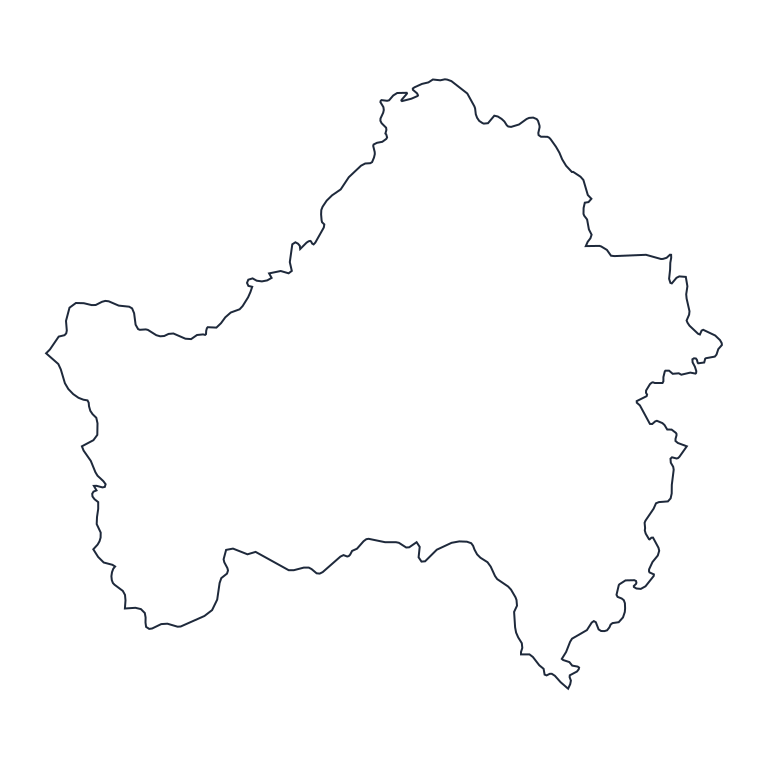 the border of Bryansk
{"feature_id": "RUS-2342", "entity_name": "Bryansk", "entity_type": "Region", "adm_level": 1, "iso_a3": "RUS", "parent_name": "Russia", "parent_adm1": "", "projection": "orthographic", "projection_center": [33.801, 52.93], "detail": "fine", "context": "isolated", "style": "outline", "palette": "slate", "viewbox_px": 768, "rotation_deg": 0, "n_neighbors": 0, "source": "natural_earth", "source_scale": "10m", "svg_char_len": 6058}
<svg xmlns="http://www.w3.org/2000/svg" viewBox="0 0 768 768"><path d="M288.6,273.3L291.8,270.9L289.8,262.1L292.3,244.3L295.4,242.3L298.0,243.7L299.8,245.8L300.2,249.0L306.6,242.6L308.6,241.3L310.2,240.9L311.0,241.4L312.2,243.6L313.6,244.4L315.3,242.6L323.8,227.5L324.3,224.4L322.1,222.3L321.6,220.4L321.1,214.4L321.3,210.0L322.6,206.7L326.7,200.6L332.1,195.3L340.7,189.4L348.8,177.2L361.0,165.7L365.2,163.5L370.3,163.2L372.1,162.1L374.0,157.5L374.8,154.1L374.7,152.0L373.2,145.9L373.6,144.5L377.0,142.8L382.3,141.8L386.3,138.9L387.1,137.4L386.2,134.3L385.4,133.6L386.4,129.9L386.1,127.7L381.6,123.2L380.4,120.8L380.5,118.5L383.2,112.7L383.8,110.0L383.4,107.1L380.4,102.1L380.7,100.8L381.5,100.1L387.1,100.8L389.1,100.3L393.2,95.5L397.2,93.0L406.7,92.8L407.0,93.4L406.5,94.2L401.6,99.8L401.4,100.6L402.0,101.1L411.4,98.7L417.6,96.0L418.0,95.3L417.1,93.4L412.9,89.8L412.8,88.5L414.5,87.3L422.0,83.9L428.4,82.4L432.9,79.5L440.3,80.3L444.9,79.3L447.2,79.6L451.4,81.1L467.3,93.5L474.4,106.4L475.1,108.4L475.8,114.3L477.1,117.8L479.2,120.9L482.5,123.1L483.8,123.6L488.0,123.2L494.3,115.7L497.8,116.5L501.6,118.9L504.4,121.5L506.8,125.3L508.2,126.5L511.1,126.9L519.0,124.5L526.6,119.0L529.1,117.9L533.2,117.6L536.7,119.1L538.0,120.8L539.5,125.6L539.6,127.2L538.3,133.0L538.6,135.1L540.9,136.7L547.4,136.8L549.2,137.7L550.6,139.2L556.0,146.8L559.4,152.7L562.2,159.4L566.1,165.8L571.9,172.0L573.2,171.9L580.5,176.7L583.4,180.0L587.8,195.0L591.4,198.8L588.5,202.1L584.8,202.7L583.6,208.0L583.5,213.9L584.2,215.7L587.1,219.5L588.9,229.4L591.6,234.7L590.4,238.3L587.7,241.8L585.8,246.1L599.4,245.9L601.1,246.4L606.9,249.9L611.0,255.7L614.4,256.1L646.0,254.8L661.0,259.0L663.0,258.9L666.6,257.8L670.0,254.7L671.1,254.8L671.2,257.8L670.3,262.8L670.1,269.5L669.1,278.8L670.4,282.9L671.8,283.4L676.5,277.8L679.3,276.4L685.8,276.9L687.4,286.3L686.2,294.3L686.6,298.5L689.5,311.3L689.1,314.7L686.6,320.5L687.5,322.7L689.5,325.7L698.1,333.8L699.9,334.5L701.6,330.6L703.2,329.8L715.2,335.5L720.0,340.1L721.7,343.1L721.9,345.0L718.3,349.1L716.5,354.6L714.8,356.6L706.0,358.2L705.2,358.7L704.2,362.5L698.2,363.3L697.7,362.7L696.9,359.8L695.9,358.5L694.0,358.3L692.4,359.3L692.6,362.4L694.9,366.7L696.3,371.1L696.1,373.0L695.5,373.6L690.3,372.6L681.3,374.7L678.8,373.3L672.7,373.8L669.1,370.7L665.4,370.7L664.8,371.4L663.4,377.1L663.4,381.3L662.5,383.0L654.8,383.0L652.9,382.3L651.7,382.7L650.0,384.1L646.1,390.5L646.0,392.8L647.1,394.6L646.6,396.2L636.7,401.1L636.8,402.7L639.9,405.4L649.9,423.9L652.2,424.0L655.2,421.4L656.9,420.8L662.4,423.1L664.5,425.0L667.2,429.5L671.6,429.6L675.9,432.9L676.5,433.9L676.5,435.4L675.5,438.9L675.5,441.0L677.9,443.0L686.8,446.3L679.4,456.8L678.0,458.1L676.6,458.5L672.0,457.3L670.5,458.7L670.8,462.7L673.2,466.8L673.7,469.7L671.8,484.9L671.7,493.5L670.6,498.4L667.9,501.4L658.9,502.1L656.0,503.3L653.6,508.7L645.5,520.6L644.6,522.8L645.1,528.1L644.8,530.4L645.7,533.6L649.0,539.2L649.6,539.4L651.4,537.7L653.0,537.6L658.5,547.8L659.2,550.8L657.8,555.5L652.5,562.0L649.1,569.3L649.0,571.2L649.5,572.4L653.9,574.4L653.7,576.0L645.5,586.3L640.8,588.9L636.4,588.5L633.9,587.0L633.8,586.0L636.1,583.8L636.4,582.7L636.0,581.0L634.4,580.2L625.5,580.4L619.4,584.3L618.8,585.1L616.5,594.8L617.6,596.9L621.7,598.5L623.8,600.2L624.9,603.2L625.1,608.4L624.8,612.0L623.0,617.4L618.7,622.2L612.5,623.1L610.6,624.6L609.4,627.4L607.1,630.3L604.5,631.1L601.1,631.0L598.6,629.4L595.8,622.2L593.8,621.1L591.7,622.6L586.9,630.1L572.0,638.7L570.1,641.8L566.1,652.0L561.8,658.9L563.1,660.0L569.4,662.1L572.2,665.6L577.7,666.6L579.1,667.6L578.7,669.3L577.0,671.5L569.8,675.3L569.6,677.1L570.9,680.6L570.2,684.2L568.1,688.7L560.6,682.2L554.9,675.8L551.8,673.8L549.8,673.8L546.6,675.4L544.6,674.6L543.6,668.8L539.3,665.3L532.9,657.0L529.5,654.4L521.0,654.4L521.0,652.0L522.3,647.9L521.8,643.2L518.2,637.4L516.1,632.6L515.1,627.3L514.1,611.9L517.0,605.7L516.5,600.0L515.5,597.3L511.0,589.6L508.1,586.5L497.2,579.1L495.0,576.0L490.7,566.6L487.5,562.2L480.4,557.7L477.1,554.4L474.5,549.6L473.1,545.8L471.2,543.2L466.9,541.7L459.3,541.4L451.6,542.8L436.8,549.7L425.1,561.3L421.5,561.6L418.6,557.3L419.7,546.9L416.6,542.2L409.2,547.3L406.2,547.5L398.9,542.8L396.0,542.2L385.1,542.2L368.6,538.8L366.3,539.2L363.6,541.2L357.0,548.7L352.1,550.9L350.1,554.7L348.7,556.1L347.2,556.5L343.5,555.1L340.4,556.6L322.7,572.1L319.7,573.6L316.6,573.3L311.6,569.1L308.8,567.6L303.8,567.6L293.8,570.2L288.7,570.2L255.6,551.9L247.5,554.3L233.0,548.6L226.1,549.9L223.6,559.3L224.3,562.3L227.4,568.1L228.0,570.5L227.0,573.6L221.3,578.1L219.6,583.0L217.2,599.6L212.1,610.1L204.4,616.0L180.7,626.5L177.6,626.7L167.4,623.7L161.2,624.1L152.1,628.5L149.2,628.9L146.1,626.9L145.5,622.6L145.6,617.5L144.8,613.0L140.9,609.1L135.4,607.8L124.9,608.5L125.5,600.4L125.0,594.9L122.8,590.9L114.5,584.7L112.9,583.0L111.8,580.1L111.4,576.2L112.0,572.2L113.3,568.7L115.1,566.5L112.4,564.8L103.7,562.5L98.1,556.9L93.3,549.3L97.6,544.6L99.5,541.3L100.6,537.6L100.7,532.6L96.7,524.1L97.0,517.1L98.2,508.9L98.2,502.1L94.5,499.2L92.5,496.5L92.2,493.8L93.5,491.6L96.5,490.4L93.9,485.9L96.4,485.8L102.5,487.4L104.8,486.9L105.6,484.2L103.4,481.2L97.5,475.7L95.4,472.2L90.8,460.9L83.6,450.6L81.9,446.3L93.4,440.2L97.3,434.9L97.5,423.3L96.3,417.8L92.6,414.2L90.3,410.8L89.0,406.2L88.7,402.7L87.5,400.4L83.4,399.7L78.5,397.8L73.2,394.1L68.3,389.0L64.9,383.2L60.8,369.4L58.3,364.0L46.1,353.3L49.9,349.5L58.7,336.6L64.5,335.2L66.2,333.4L66.8,330.6L66.0,320.9L69.5,307.7L75.9,303.0L83.8,303.2L91.7,305.1L95.7,305.0L102.0,301.8L105.3,300.9L108.7,301.3L118.7,305.6L129.2,306.7L132.1,308.4L134.1,313.2L135.6,324.7L138.1,329.1L139.8,329.8L145.8,329.4L147.9,329.9L156.3,335.2L160.2,336.3L164.2,336.0L168.6,333.9L173.4,333.5L185.4,338.7L191.1,339.1L197.0,335.0L203.1,334.4L205.1,334.9L206.0,334.1L206.2,330.8L206.9,328.2L207.7,327.2L216.4,327.6L221.0,323.2L225.3,317.3L230.8,312.5L239.6,309.3L242.6,306.1L248.1,297.3L250.4,292.1L252.2,286.8L248.4,285.9L247.0,282.9L248.3,279.7L252.6,278.4L256.7,280.7L261.9,281.4L267.2,280.4L271.6,277.9L269.1,273.4L280.7,271.0L288.6,273.3Z" fill="none" stroke="#1e293b" stroke-width="2"/></svg>